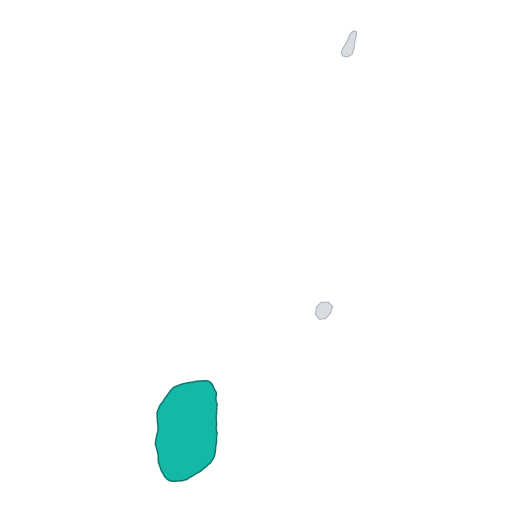 South Nilandhoo, Maldives shown in context
{"feature_id": "70690204B67340170019172", "entity_name": "South Nilandhoo", "entity_type": "district", "adm_level": 2, "iso_a3": "MDV", "parent_name": "Maldives", "parent_adm1": "", "projection": "orthographic", "projection_center": [72.94, 2.835], "detail": "fine", "context": "in_parent", "style": "filled", "palette": "teal", "viewbox_px": 512, "rotation_deg": 0, "n_neighbors": 0, "source": "geoboundaries", "source_scale": "gbopen_adm2", "svg_char_len": 3470}
<svg xmlns="http://www.w3.org/2000/svg" viewBox="0 0 512 512"><path d="M352.1,54.3L347.2,56.9L342.6,55.9L341.1,52.5L343.3,47.6L347.2,41.3L349.8,34.4L353.7,30.7L356.7,31.9L356.3,35.8L354.9,41.1L354.1,47.9L352.1,54.3ZM325.3,318.7L319.2,319.2L315.5,314.4L316.3,307.3L321.0,302.4L328.4,302.1L332.6,306.5L330.4,313.4L325.3,318.7Z" fill="#d9dde1" stroke="#a8b0b8" stroke-width="1"/><path d="M173.6,481.3L175.0,481.2L176.3,481.1L177.6,480.9L179.3,480.9L180.8,480.9L182.3,480.6L183.3,480.5L184.3,480.1L185.4,479.8L186.9,479.5L188.1,478.7L188.8,478.0L190.0,477.2L191.3,476.6L192.2,476.1L193.4,475.2L194.8,474.5L196.6,473.3L198.5,472.4L200.4,471.3L201.6,470.3L202.6,469.5L203.3,468.8L204.9,467.7L206.1,466.7L207.0,465.8L207.8,464.9L208.9,464.0L210.0,463.3L211.0,462.0L211.8,460.6L212.8,459.5L213.3,458.6L213.7,457.5L214.0,456.6L214.3,455.9L214.6,455.1L214.8,454.2L215.0,453.2L215.2,452.4L215.3,451.8L215.4,451.0L215.4,450.3L215.6,449.6L215.5,449.0L215.6,448.2L215.6,447.6L215.7,446.7L215.9,445.8L216.0,445.0L216.0,444.3L216.4,442.8L216.5,441.8L216.6,440.8L216.5,440.0L216.6,439.1L216.5,437.1L216.6,436.4L216.6,435.8L216.7,435.3L216.7,435.0L216.8,434.6L217.2,433.8L217.0,432.7L216.7,431.9L216.5,430.9L216.3,429.7L216.2,428.7L216.2,427.9L216.2,427.1L216.4,426.4L216.4,425.7L216.5,425.0L216.6,423.6L216.5,422.4L216.3,420.8L216.3,418.8L216.2,417.5L216.2,416.6L216.3,415.7L216.4,414.9L216.5,414.0L216.6,413.2L216.5,412.4L216.5,411.6L216.6,410.9L216.6,410.2L216.7,409.5L216.8,409.0L216.8,408.6L216.8,408.2L216.8,407.7L216.8,407.1L216.7,406.5L216.8,406.0L216.9,405.5L217.0,405.2L217.1,404.7L217.2,404.4L217.1,403.9L216.8,403.3L216.5,402.5L216.3,401.8L216.0,400.9L216.0,400.3L215.9,399.7L215.9,398.4L215.9,397.4L216.0,396.6L216.2,395.9L216.4,395.0L216.4,393.8L216.4,392.9L216.2,392.3L215.6,391.2L215.1,390.5L214.5,389.3L214.2,388.8L213.9,388.3L213.4,387.1L213.2,386.4L212.9,385.5L212.7,385.1L212.5,384.7L212.0,384.2L211.6,383.6L211.0,382.9L210.5,382.5L210.1,382.1L209.5,381.8L208.6,381.2L208.2,381.1L207.3,380.8L206.2,380.7L205.1,380.7L204.0,380.8L202.7,380.8L201.6,380.9L200.8,381.1L200.0,381.1L198.8,381.1L197.6,381.1L196.3,381.4L195.0,381.5L193.8,381.9L192.5,382.2L191.1,382.3L189.6,382.5L187.8,382.8L186.5,383.1L185.4,383.4L184.4,383.5L183.0,383.8L181.6,384.2L180.4,384.7L179.2,385.1L177.9,385.6L176.1,386.3L174.9,386.8L174.1,387.2L173.2,387.9L172.3,388.6L171.7,389.2L171.2,389.8L170.6,390.5L169.8,391.5L169.2,392.6L168.5,393.6L167.8,394.4L167.2,395.1L166.7,395.9L166.4,396.4L165.9,397.2L165.5,397.7L165.0,398.1L164.6,398.8L164.2,399.4L163.9,400.0L163.0,401.5L162.2,402.6L161.1,403.9L160.5,404.5L159.8,405.8L159.3,406.7L159.1,407.3L158.8,408.1L158.4,409.1L157.9,410.1L157.4,411.4L157.2,412.6L157.0,413.8L157.1,415.0L157.2,416.4L157.2,417.6L157.5,419.0L157.4,420.8L157.5,422.3L157.7,423.6L157.9,425.0L157.9,426.1L158.0,427.3L158.0,428.8L158.1,429.8L158.0,430.7L157.8,431.6L157.5,432.5L157.2,433.6L156.8,435.0L156.5,436.3L156.3,437.6L156.1,438.5L155.8,440.0L155.7,441.3L155.4,442.6L155.3,443.6L155.4,444.5L156.1,446.5L156.4,447.6L156.8,449.2L157.1,450.4L157.4,451.4L157.6,452.6L157.9,453.7L158.3,455.2L158.3,456.4L158.3,457.4L158.2,458.5L158.3,459.6L158.4,461.1L158.5,462.0L158.6,463.1L159.1,464.3L159.4,465.0L159.6,465.6L160.4,467.7L160.6,469.0L161.2,470.2L161.6,471.2L162.3,472.3L163.1,473.6L163.8,474.9L164.5,476.2L165.0,476.9L165.4,477.4L166.3,478.2L167.1,479.1L168.1,479.8L169.1,480.4L170.9,481.1L172.1,481.1L173.6,481.3Z" fill="#14b8a6" stroke="#0f766e" stroke-width="1.5"/></svg>